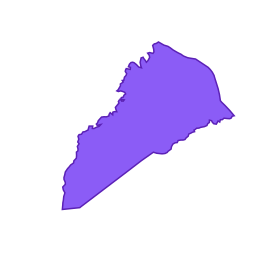 Governador Edison Lobão, Maranhão, Brazil (orthographic projection), rotated 144°
{"feature_id": "56859067B27308579936525", "entity_name": "Governador Edison Lobão", "entity_type": "district", "adm_level": 2, "iso_a3": "BRA", "parent_name": "Brazil", "parent_adm1": "Maranhão", "projection": "orthographic", "projection_center": [-47.329, -5.727], "detail": "fine", "context": "isolated", "style": "filled", "palette": "violet", "viewbox_px": 256, "rotation_deg": 144, "n_neighbors": 0, "source": "geoboundaries", "source_scale": "gbopen_adm2", "svg_char_len": 2443}
<svg xmlns="http://www.w3.org/2000/svg" viewBox="0 0 256 256"><g transform="rotate(144 128 128)"><path d="M52.8,179.7L55.4,179.8L57.3,180.6L59.5,180.3L60.9,176.7L62.3,174.3L64.0,173.7L66.1,176.3L68.1,177.0L68.1,174.2L69.1,172.3L71.0,171.4L72.3,170.8L74.5,170.4L74.3,172.3L74.4,175.0L74.2,176.4L76.2,177.0L79.6,174.0L81.2,170.6L81.7,168.8L83.5,171.0L83.9,174.4L84.7,177.3L85.6,178.5L87.1,179.2L89.3,178.8L91.7,177.3L90.4,175.6L91.7,174.1L94.5,177.1L96.0,176.3L97.0,175.3L97.1,172.8L98.6,171.7L101.0,171.2L103.4,169.1L104.7,169.8L104.8,168.1L106.6,168.0L108.3,168.1L109.4,166.5L112.0,165.4L113.5,164.7L115.2,164.6L114.4,163.2L112.1,162.3L110.8,160.6L109.7,158.8L109.9,157.0L112.0,156.9L113.7,155.8L115.5,156.5L117.2,155.5L118.8,155.7L120.3,155.0L120.7,153.5L126.1,152.1L126.9,150.0L127.5,147.8L129.5,149.3L131.0,149.7L132.6,147.7L133.4,150.9L135.2,150.2L136.5,149.0L138.9,149.7L140.8,151.2L143.0,152.4L147.7,151.4L149.8,150.0L151.3,149.8L151.4,148.3L147.9,146.8L150.4,146.3L152.9,147.1L155.9,147.6L157.1,148.6L155.4,150.3L156.9,151.4L158.3,152.4L159.9,151.2L161.4,149.9L165.1,150.4L166.7,151.3L169.3,150.3L171.5,151.4L173.3,150.7L174.4,147.9L176.9,146.2L176.9,144.0L179.8,142.9L180.8,140.3L182.1,138.9L183.9,138.8L184.9,137.3L186.0,135.7L187.6,133.9L191.0,133.3L192.6,131.7L196.1,131.8L198.9,131.0L200.6,130.7L204.5,129.3L206.7,127.3L208.9,125.6L210.0,124.0L210.6,121.1L211.8,119.3L215.5,118.6L216.7,116.0L217.1,112.8L218.2,111.8L220.2,110.4L222.7,107.6L224.7,105.7L226.0,104.1L229.0,100.7L213.8,91.9L212.4,92.0L160.7,93.1L151.5,93.3L136.7,93.7L135.0,93.7L121.7,93.5L119.7,90.8L116.2,87.6L115.0,86.7L113.0,85.6L110.7,85.2L109.3,85.6L105.6,85.6L103.7,87.4L101.1,88.6L98.8,88.4L96.7,87.3L94.8,88.4L92.7,87.4L90.2,85.7L88.6,85.2L86.9,85.8L84.1,86.0L82.4,87.4L80.2,86.9L78.4,86.7L76.3,85.9L75.8,87.5L74.3,87.3L72.7,87.5L70.6,86.2L68.8,85.8L65.4,84.2L62.7,83.6L60.8,84.7L59.0,84.6L57.5,86.5L56.1,84.8L56.4,82.9L56.1,81.0L54.3,79.2L51.0,80.7L50.3,78.9L48.4,80.4L46.8,79.3L44.6,79.5L41.8,77.0L40.2,75.7L38.6,75.4L36.8,76.3L34.9,75.5L35.4,82.4L36.3,89.3L37.1,93.9L37.2,95.8L34.4,101.2L33.2,104.0L32.0,106.8L28.1,118.4L27.5,119.9L27.0,123.6L27.1,127.0L27.5,129.9L32.3,142.8L32.8,144.1L34.8,146.1L37.3,148.6L38.5,149.9L40.8,153.6L41.8,156.6L42.8,158.4L43.7,160.2L45.6,164.5L46.7,168.1L47.7,170.6L50.2,173.9L52.8,179.7ZM117.2,155.5L115.6,154.1L114.5,153.0L116.0,152.5L117.3,153.4L117.2,155.5Z" fill="#8b5cf6" stroke="#5b21b6" stroke-width="1.5"/></g></svg>